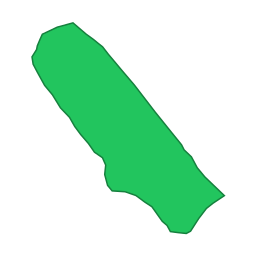 the district of Maneapa, Tuvalu, rotated 276°
{"feature_id": "33948139B65962219023050", "entity_name": "Maneapa", "entity_type": "district", "adm_level": 2, "iso_a3": "TUV", "parent_name": "Tuvalu", "parent_adm1": "", "projection": "robinson", "projection_center": [178.313, -8.027], "detail": "fine", "context": "isolated", "style": "filled", "palette": "green", "viewbox_px": 256, "rotation_deg": 276, "n_neighbors": 0, "source": "geoboundaries", "source_scale": "gbopen_adm2", "svg_char_len": 764}
<svg xmlns="http://www.w3.org/2000/svg" viewBox="0 0 256 256"><g transform="rotate(276 128 128)"><path d="M217.0,76.5L226.8,62.3L220.9,47.1L212.3,33.0L207.4,31.4L200.2,29.2L196.5,28.9L188.7,25.1L181.5,27.0L173.6,32.3L161.7,40.6L153.1,49.4L141.0,58.7L132.5,68.7L123.9,74.9L116.4,81.8L108.4,90.3L100.4,97.2L95.8,105.7L88.8,109.7L79.3,109.7L68.8,113.7L63.8,118.8L64.3,131.8L61.7,142.9L56.0,152.6L52.2,160.0L38.7,171.9L35.2,177.0L29.4,181.0L29.2,188.7L29.2,197.0L31.9,201.0L45.4,207.8L56.2,214.4L62.0,220.3L70.8,230.9L87.4,209.5L95.7,201.0L105.9,194.1L112.1,186.1L116.9,183.0L128.7,171.2L146.7,153.3L158.7,141.9L171.2,130.0L185.1,115.4L191.6,108.7L199.2,100.8L206.1,94.2L209.2,89.3L212.5,84.3L217.0,76.5Z" fill="#22c55e" stroke="#15803d" stroke-width="1.5"/></g></svg>